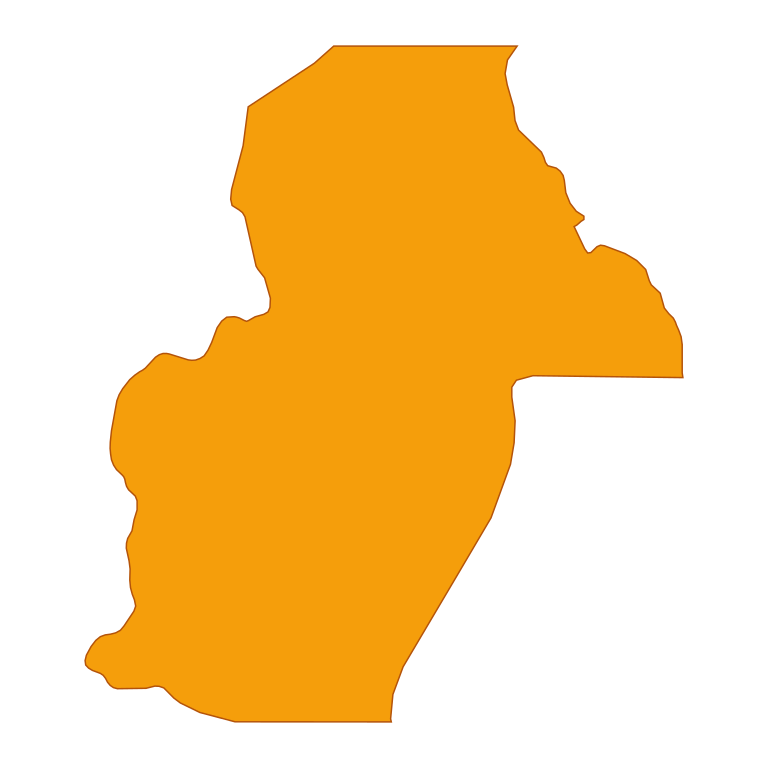 the District of Nkhata Bay
{"feature_id": "MWI-1901", "entity_name": "Nkhata Bay", "entity_type": "District", "adm_level": 1, "iso_a3": "MWI", "parent_name": "Malawi", "parent_adm1": "", "projection": "robinson", "projection_center": [34.193, -11.585], "detail": "fine", "context": "isolated", "style": "filled", "palette": "amber", "viewbox_px": 768, "rotation_deg": 0, "n_neighbors": 0, "source": "natural_earth", "source_scale": "10m", "svg_char_len": 2108}
<svg xmlns="http://www.w3.org/2000/svg" viewBox="0 0 768 768"><path d="M517.1,46.1L507.5,59.9L505.1,73.6L507.2,84.8L513.6,107.2L515.0,120.5L518.6,130.1L541.4,152.1L543.9,157.5L545.4,162.3L547.7,165.7L556.3,168.1L560.1,171.1L563.1,175.4L564.3,180.3L565.8,192.7L570.1,203.3L576.3,211.3L583.9,216.2L583.9,219.5L581.1,221.3L576.9,225.0L574.1,226.6L584.7,248.9L587.7,253.0L590.9,252.6L597.0,246.7L600.5,245.2L604.5,245.8L625.1,253.6L636.7,260.5L645.7,269.5L649.3,280.8L651.3,284.9L660.2,293.2L664.3,308.0L668.8,313.7L673.3,318.1L675.4,322.1L676.5,325.3L678.7,330.2L681.1,336.7L682.2,344.6L682.2,372.9L682.9,377.6L532.9,375.7L516.4,380.2L511.8,387.2L511.8,397.1L515.1,420.8L514.1,442.8L510.5,464.3L491.0,517.9L454.6,579.7L403.1,666.8L392.9,694.4L390.6,718.9L391.3,721.9L391.2,721.9L235.0,721.8L199.9,712.5L180.4,703.0L173.9,698.1L163.8,687.9L159.1,686.3L154.9,686.1L146.0,688.3L117.4,688.7L113.4,687.6L110.2,685.4L107.6,682.3L105.5,678.3L103.2,675.3L100.4,673.4L92.4,670.4L88.6,668.1L85.7,665.0L85.1,660.6L86.4,655.2L91.1,646.5L95.8,640.4L100.3,636.7L105.2,634.9L110.4,634.2L115.6,632.9L120.4,630.3L124.0,626.0L133.9,611.2L135.7,606.1L134.4,599.7L132.3,594.3L130.5,587.6L129.8,580.0L130.1,569.0L129.1,561.0L126.3,548.2L126.5,543.1L127.7,538.4L132.0,530.8L134.1,519.7L137.1,509.9L137.1,500.7L135.3,496.1L128.6,489.8L126.6,486.4L125.5,482.7L124.8,479.2L123.7,476.7L122.2,475.0L116.5,469.6L113.6,465.1L111.5,459.8L110.6,454.0L110.1,448.4L110.3,442.0L111.5,430.6L116.9,400.7L119.2,394.6L122.7,388.7L129.7,379.7L134.9,375.1L139.6,371.8L142.4,370.3L145.3,368.2L155.5,357.2L159.3,354.7L163.0,353.5L166.7,353.5L169.3,354.0L188.3,359.9L191.7,360.3L195.5,360.1L200.0,358.5L204.1,355.9L208.0,350.2L211.7,342.4L217.2,327.6L221.7,321.1L226.7,317.2L234.2,316.7L236.5,317.1L239.4,318.0L244.3,320.5L246.6,321.3L248.4,320.6L255.1,316.8L263.9,314.3L268.0,311.9L270.0,307.4L270.4,298.2L264.6,277.8L258.1,269.5L256.1,266.2L245.0,216.8L242.5,212.6L239.1,209.9L232.1,205.5L230.7,199.2L231.6,189.5L243.1,145.8L248.2,106.8L314.4,63.2L333.7,46.1L514.7,46.1L516.9,46.1L517.1,46.1Z" fill="#f59e0b" stroke="#b45309" stroke-width="1.5"/></svg>